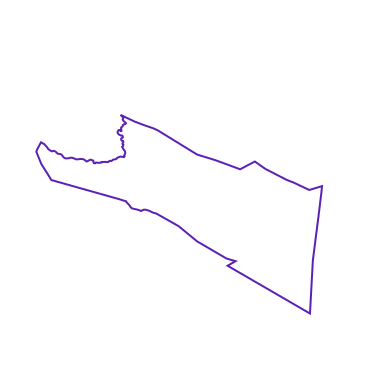 San Bartolomé Yucuañe, Oaxaca, Mexico (Equal Earth projection), rotated 115°
{"feature_id": "50627088B7651687124924", "entity_name": "San Bartolomé Yucuañe", "entity_type": "district", "adm_level": 2, "iso_a3": "MEX", "parent_name": "Mexico", "parent_adm1": "Oaxaca", "projection": "equal_earth", "projection_center": [-97.458, 17.213], "detail": "fine", "context": "isolated", "style": "outline", "palette": "violet", "viewbox_px": 384, "rotation_deg": 115, "n_neighbors": 0, "source": "geoboundaries", "source_scale": "gbopen_adm2", "svg_char_len": 3381}
<svg xmlns="http://www.w3.org/2000/svg" viewBox="0 0 384 384"><g transform="rotate(115 192 192)"><path d="M252.3,33.7L202.8,53.6L184.6,59.4L184.3,59.5L184.0,59.6L183.2,59.9L182.9,60.0L182.5,60.1L181.3,60.5L180.8,60.6L180.2,60.8L178.8,61.3L178.6,61.3L177.3,61.8L175.5,62.3L169.9,64.1L169.1,64.4L168.6,64.5L167.2,65.0L165.5,65.5L164.5,65.8L164.3,65.9L163.4,66.2L161.3,66.8L158.2,67.9L157.3,68.2L156.2,68.5L155.2,68.8L154.3,69.1L153.3,69.5L152.2,69.8L145.6,72.0L145.2,72.1L144.5,72.3L142.2,73.1L140.5,73.6L138.2,74.4L137.8,74.5L137.4,74.6L136.9,74.8L136.5,75.0L136.4,75.0L136.2,75.1L134.9,75.5L133.4,76.1L132.4,76.4L131.7,76.6L140.6,86.6L140.5,103.7L141.0,111.3L140.1,135.1L137.8,147.9L141.1,150.4L141.7,150.9L147.0,154.9L147.7,155.4L149.9,157.1L150.4,157.5L151.1,158.0L151.2,159.3L152.2,171.9L153.3,184.4L154.1,190.3L155.9,203.2L150.6,249.1L150.6,252.5L150.7,254.7L151.7,264.0L152.4,273.6L152.3,289.3L153.1,287.4L153.5,286.1L154.1,285.5L155.7,285.4L156.3,284.6L156.7,283.7L157.0,282.3L157.5,280.9L158.7,281.2L159.5,282.5L160.5,282.9L161.6,282.7L162.3,282.8L163.2,283.4L164.0,283.4L165.1,282.6L166.2,281.9L166.6,281.8L167.0,282.6L166.4,283.7L166.7,284.3L167.1,284.7L167.8,284.8L168.8,284.9L169.8,284.4L170.4,283.5L170.8,282.3L170.9,280.5L170.3,279.1L170.8,278.3L171.6,277.8L171.8,277.8L172.7,278.4L173.4,278.7L174.3,278.5L175.1,277.5L175.1,276.6L174.9,276.1L175.2,275.6L176.0,275.3L176.7,275.4L177.4,275.5L177.9,275.2L178.2,274.6L178.1,274.2L178.3,274.1L178.9,274.1L179.6,273.9L180.6,274.4L181.3,273.5L181.7,272.8L182.3,272.0L182.8,271.1L183.1,270.4L184.3,269.3L185.1,268.9L187.0,268.8L187.3,268.9L187.6,268.9L188.0,268.2L188.5,268.2L189.2,268.5L189.3,269.4L189.4,269.6L189.7,270.5L190.2,271.9L191.0,272.6L191.3,273.0L191.9,273.6L192.5,274.0L193.1,274.4L193.5,274.5L193.9,274.5L194.2,274.7L194.8,275.4L195.3,276.1L195.5,276.6L195.9,277.0L196.5,277.4L197.2,277.7L197.5,277.9L197.8,278.1L198.1,278.5L198.3,279.2L198.6,279.8L199.1,280.1L199.8,280.5L200.4,280.7L201.2,282.8L201.8,284.3L202.5,285.5L202.9,286.4L203.4,286.4L203.8,286.8L203.9,287.4L204.9,288.4L205.5,290.6L206.1,291.7L206.4,291.6L206.8,291.8L207.0,292.1L207.2,293.1L207.2,293.4L206.9,293.8L205.9,294.4L205.3,294.7L205.4,296.2L205.5,297.0L205.6,297.6L206.2,298.2L207.2,299.0L208.7,300.1L208.9,300.8L208.4,302.3L208.3,303.1L208.2,304.1L208.4,305.1L208.6,305.5L208.9,306.3L209.2,307.0L209.6,307.7L210.2,308.6L210.6,309.4L211.1,310.1L211.4,310.9L211.4,311.6L211.4,312.0L211.4,313.5L211.5,314.3L211.7,315.1L211.8,315.7L212.3,316.5L212.6,317.1L213.2,317.5L213.5,317.9L213.9,318.7L214.3,319.4L214.7,320.2L214.9,320.7L215.1,321.5L214.9,322.8L214.2,324.2L213.7,325.2L213.4,325.8L213.2,326.6L213.3,327.4L213.7,328.7L214.0,329.8L214.0,330.2L213.2,332.2L213.0,333.6L213.0,334.0L213.0,334.4L213.6,335.3L214.2,335.9L214.4,336.2L214.3,337.0L214.3,338.4L214.0,339.5L213.7,340.7L213.1,341.5L212.6,342.5L211.7,344.6L211.4,345.4L210.9,346.6L211.0,347.8L210.7,349.8L211.1,349.9L218.6,350.3L221.3,350.1L230.3,340.4L237.3,329.5L240.6,324.5L239.4,317.1L229.4,255.8L228.3,247.7L228.8,247.3L230.3,243.5L231.5,241.4L232.2,239.7L231.8,237.3L231.3,235.2L230.9,233.0L230.7,231.7L230.9,230.6L230.2,229.6L229.2,229.1L228.4,228.1L227.8,227.0L227.5,225.8L227.3,224.1L227.0,222.0L227.2,220.7L227.1,217.8L226.6,215.7L226.9,211.5L228.6,189.8L234.6,166.4L237.7,132.7L236.3,123.3L243.8,128.6L252.3,33.7Z" fill="none" stroke="#5b21b6" stroke-width="2"/></g></svg>